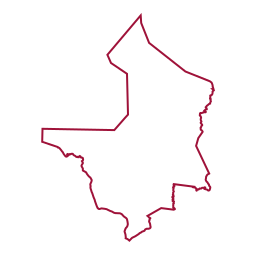 outline of Siguatepeque, Comayagua, Honduras
{"feature_id": "27666195B5317078284159", "entity_name": "Siguatepeque", "entity_type": "district", "adm_level": 2, "iso_a3": "HND", "parent_name": "Honduras", "parent_adm1": "Comayagua", "projection": "mercator", "projection_center": [-87.863, 14.653], "detail": "fine", "context": "isolated", "style": "outline", "palette": "rose", "viewbox_px": 256, "rotation_deg": 0, "n_neighbors": 0, "source": "geoboundaries", "source_scale": "gbopen_adm2", "svg_char_len": 5630}
<svg xmlns="http://www.w3.org/2000/svg" viewBox="0 0 256 256"><path d="M213.0,87.2L212.7,86.9L212.6,85.3L212.3,84.3L211.6,82.6L210.7,81.9L209.9,81.3L185.4,71.5L149.1,42.9L141.2,23.0L140.7,15.4L107.4,54.8L111.0,63.0L127.0,73.8L128.0,114.6L124.9,118.0L114.3,130.1L42.5,128.8L42.2,141.8L57.7,147.0L57.9,147.5L58.5,147.6L59.3,148.0L59.9,148.6L60.6,149.5L61.2,150.2L61.7,150.9L62.1,151.5L62.8,152.2L63.1,152.8L63.6,153.8L64.1,154.5L65.5,156.3L65.8,156.5L66.2,156.6L66.7,156.6L66.9,156.5L67.9,155.8L68.0,155.5L67.9,155.2L67.6,155.0L67.1,154.7L67.2,154.3L67.5,154.0L68.0,154.1L68.7,154.8L68.9,154.9L69.1,154.8L69.5,154.2L70.0,154.0L70.5,154.3L71.5,153.8L72.2,153.8L72.6,153.8L72.8,153.9L73.4,154.8L73.8,155.2L75.2,155.9L75.7,156.3L76.0,156.7L76.8,157.0L77.2,157.1L77.4,156.9L77.6,157.0L77.8,156.9L78.2,156.9L78.5,157.2L78.8,157.2L79.0,156.8L79.3,156.3L79.6,156.1L79.8,156.0L80.6,156.6L80.8,157.0L80.9,157.4L81.0,157.5L81.3,157.6L82.3,157.7L82.7,157.9L82.9,158.3L83.0,159.0L83.1,159.5L83.0,160.0L82.8,160.5L82.0,161.0L81.9,161.1L82.0,161.3L82.3,161.6L82.5,162.3L82.9,163.0L82.4,164.0L82.2,164.3L81.8,164.9L81.6,165.4L81.5,165.7L81.6,166.3L81.7,166.6L82.0,167.0L82.4,167.7L82.8,168.5L82.9,168.9L82.8,170.1L82.9,170.5L83.4,170.9L84.6,171.4L84.8,171.6L85.8,172.2L86.2,172.4L86.4,172.8L86.6,173.4L86.8,173.7L87.9,175.2L88.9,176.4L90.1,177.4L90.4,177.6L90.9,178.6L91.3,179.2L91.6,179.8L91.7,180.3L91.4,181.7L91.1,182.4L90.5,183.7L90.3,184.2L90.4,185.3L90.5,185.6L90.6,185.9L90.6,186.4L90.4,187.0L90.6,188.6L91.0,189.7L91.6,191.8L92.3,193.3L93.6,197.3L94.6,199.6L94.8,200.2L94.9,200.9L96.6,205.7L97.5,207.8L97.9,208.1L97.9,208.3L98.1,208.5L98.7,208.9L99.1,209.0L99.6,209.0L100.8,208.6L101.5,208.4L104.7,208.8L106.3,209.1L106.9,209.3L107.8,209.8L109.1,210.4L109.6,210.7L110.7,211.1L112.1,211.6L113.7,212.6L114.5,212.9L115.4,213.1L119.9,213.3L120.4,213.5L121.7,214.1L123.8,216.4L125.6,217.7L126.3,218.2L126.8,218.9L127.0,219.3L127.5,221.6L127.8,223.8L127.8,224.4L127.4,226.0L127.2,226.4L126.6,227.3L125.9,228.0L125.5,228.7L124.7,230.9L124.6,231.3L124.6,231.7L124.9,232.6L125.5,234.6L125.6,235.9L125.7,236.3L125.7,236.9L125.8,237.8L125.7,238.3L127.6,239.1L129.4,240.6L131.7,238.2L132.3,237.7L134.4,236.7L135.4,236.2L138.9,233.9L139.2,233.6L139.4,233.3L139.5,233.2L139.9,233.0L140.4,232.8L140.7,232.7L142.0,231.7L144.2,230.9L144.5,230.7L145.1,229.6L145.3,229.4L146.3,228.9L146.9,228.7L147.2,228.7L147.7,228.8L148.2,228.8L149.4,228.5L149.8,228.3L150.3,227.9L150.5,227.5L150.6,227.0L150.5,226.4L150.2,225.0L150.2,224.5L149.9,223.3L149.2,221.9L149.1,221.3L149.1,221.0L149.4,220.6L149.5,220.2L149.6,219.9L149.5,219.4L150.2,218.4L150.3,218.2L150.1,218.0L149.1,217.5L148.2,216.5L147.5,215.9L161.2,208.1L173.7,209.7L174.6,209.3L174.8,209.2L174.8,208.8L174.4,208.3L173.7,207.7L173.3,207.7L173.2,207.5L173.3,206.9L173.2,205.4L173.3,205.2L173.3,204.4L173.2,203.9L173.4,203.7L173.8,203.4L173.7,202.9L173.6,202.5L173.7,202.1L173.9,201.9L174.0,201.7L173.9,201.4L173.7,201.2L173.1,201.3L172.8,201.2L172.6,201.0L172.6,200.9L172.7,200.5L173.0,200.0L172.8,199.8L172.6,199.6L172.7,199.3L173.4,199.0L173.4,198.8L173.2,198.3L172.5,197.5L172.3,197.1L172.4,196.9L173.1,197.0L173.3,197.0L173.3,196.8L173.1,196.4L173.1,196.1L173.3,196.1L173.6,196.0L173.5,195.6L173.0,195.0L172.9,194.8L172.9,194.6L173.1,194.5L173.3,194.2L173.1,193.2L173.1,192.7L173.2,192.4L173.8,191.6L173.7,191.2L173.4,190.6L173.2,190.1L173.3,189.7L173.6,188.1L173.4,187.5L173.3,187.3L173.2,187.3L173.3,187.0L173.5,186.4L174.3,186.4L174.4,186.1L174.4,185.9L173.9,185.4L173.6,184.6L173.6,184.3L173.7,184.1L194.6,186.8L194.7,187.2L194.7,187.4L194.5,187.5L195.0,187.6L195.3,187.7L196.0,188.3L196.1,188.6L196.3,189.1L196.3,190.3L196.4,190.5L196.5,190.6L196.8,190.5L197.1,189.8L197.5,189.4L197.9,189.2L198.2,189.3L198.6,189.5L199.2,189.0L199.7,188.5L200.7,188.6L201.0,188.6L202.1,187.8L203.6,187.8L204.2,187.6L204.8,187.3L205.0,187.4L205.2,187.5L205.1,187.9L204.9,188.0L204.2,188.0L204.2,188.6L204.4,188.9L207.0,189.6L207.4,189.8L207.9,190.3L208.2,190.5L208.7,190.5L209.1,190.4L209.5,190.1L209.7,189.8L209.9,189.2L210.3,187.7L210.2,187.3L210.2,187.0L209.9,186.5L209.1,185.7L209.0,184.8L208.8,184.3L208.2,183.8L207.7,182.8L207.5,182.4L206.5,181.5L205.9,180.4L205.7,179.7L205.8,179.1L206.0,178.1L206.1,176.8L206.9,175.3L207.2,174.9L207.6,174.5L208.2,174.1L208.9,173.8L209.2,173.6L196.1,145.9L198.3,138.1L202.6,131.9L202.6,131.5L202.2,130.9L201.9,130.5L200.8,129.7L200.7,129.2L200.7,128.6L200.6,128.0L200.6,127.7L200.9,127.3L201.1,127.1L201.2,126.7L201.3,126.2L201.5,125.9L202.0,125.5L202.2,125.2L202.1,124.6L201.0,123.4L200.7,122.9L200.7,122.6L200.8,122.4L201.4,121.7L201.4,121.3L200.9,120.5L200.7,119.6L200.8,118.6L200.9,118.3L201.1,118.0L201.1,117.7L200.8,116.6L200.6,116.2L199.9,115.6L199.8,115.4L200.0,113.5L200.2,113.2L200.4,113.0L200.7,113.0L201.1,113.1L201.6,113.1L202.1,112.9L202.9,112.5L203.5,112.5L203.8,112.3L204.0,112.2L204.3,112.2L205.3,112.3L205.6,112.2L205.8,111.9L205.7,111.7L205.3,111.6L204.7,111.5L204.2,111.2L204.1,110.9L204.3,110.7L205.5,109.6L206.2,109.4L206.7,109.3L206.8,109.2L206.7,108.7L206.3,107.8L206.1,107.6L205.8,107.5L205.7,107.4L205.7,107.2L206.4,106.5L206.8,105.8L207.8,105.1L208.9,104.1L209.5,103.8L209.9,103.7L210.1,103.6L210.1,103.2L210.3,102.4L210.9,101.3L210.5,100.1L210.5,99.7L210.7,99.2L210.2,99.0L210.1,98.8L210.0,98.6L210.2,97.6L210.4,96.9L210.4,96.5L210.2,96.0L210.2,95.7L210.3,95.5L210.5,95.4L211.1,95.2L211.6,94.9L211.9,94.8L212.1,94.4L212.3,94.1L212.4,93.8L212.6,92.6L212.6,92.2L212.5,91.8L212.6,91.5L212.8,91.2L213.8,90.4L213.5,89.8L212.7,89.3L212.5,89.1L213.3,89.1L213.5,89.1L213.4,88.7L213.2,88.3L213.0,87.2Z" fill="none" stroke="#9f1239" stroke-width="2"/></svg>